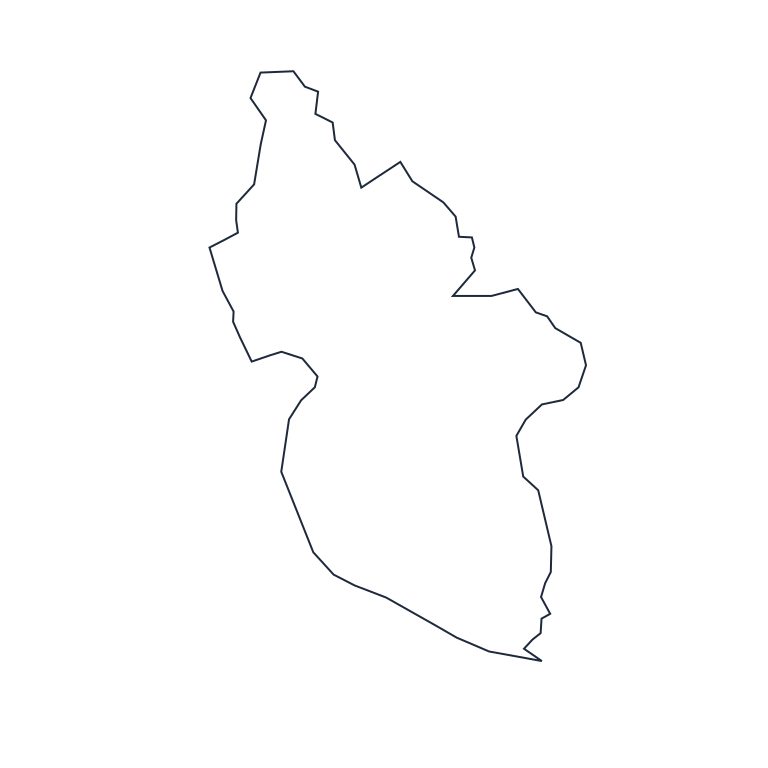 outline of Bom Retiro do Sul, Rio Grande do Sul, Brazil, rotated 315°
{"feature_id": "56859067B38200591405755", "entity_name": "Bom Retiro do Sul", "entity_type": "district", "adm_level": 2, "iso_a3": "BRA", "parent_name": "Brazil", "parent_adm1": "Rio Grande do Sul", "projection": "equal_earth", "projection_center": [-51.914, -29.636], "detail": "fine", "context": "isolated", "style": "outline", "palette": "slate", "viewbox_px": 768, "rotation_deg": 315, "n_neighbors": 0, "source": "geoboundaries", "source_scale": "gbopen_adm2", "svg_char_len": 1051}
<svg xmlns="http://www.w3.org/2000/svg" viewBox="0 0 768 768"><g transform="rotate(315 384 384)"><path d="M545.9,411.5L522.2,397.7L495.0,370.5L528.7,368.0L535.0,356.4L544.4,351.4L549.8,342.5L541.1,332.9L553.0,316.3L554.4,297.6L547.4,260.7L552.6,238.5L525.0,232.8L506.8,229.1L518.3,208.1L521.7,176.9L532.6,162.8L526.5,144.5L544.1,130.7L538.3,117.8L541.1,98.8L516.9,76.5L491.8,87.4L487.0,114.1L466.1,127.5L433.3,151.0L407.1,152.2L395.3,163.6L387.7,173.7L373.2,169.3L357.1,164.1L335.6,204.1L328.9,226.4L321.3,233.3L315.2,249.1L306.3,274.6L323.4,283.0L334.3,288.7L344.3,308.2L342.3,331.7L332.8,337.4L313.9,336.9L291.9,341.8L249.3,373.4L215.0,453.0L213.6,483.2L220.8,505.7L234.5,536.5L249.7,591.1L256.0,614.6L269.2,647.5L299.7,691.5L295.8,670.2L308.2,669.7L318.6,670.9L329.5,661.3L339.0,664.0L344.4,645.7L357.1,638.8L369.0,634.9L387.7,617.1L417.9,568.2L417.0,547.9L440.9,514.3L459.0,509.4L481.2,510.1L499.4,522.0L519.2,523.9L540.1,513.6L552.2,494.0L544.6,465.6L547.2,451.5L542.0,440.7L545.9,411.5Z" fill="none" stroke="#1e293b" stroke-width="2"/></g></svg>